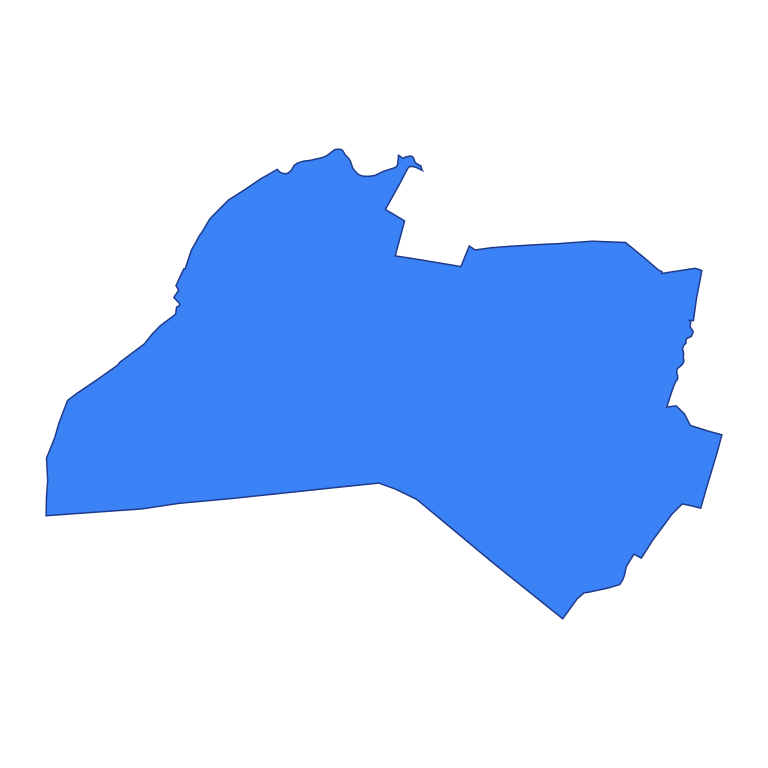 outline of Seleus, Arad, Romania
{"feature_id": "2599482B93238774632667", "entity_name": "Seleus", "entity_type": "district", "adm_level": 2, "iso_a3": "ROU", "parent_name": "Romania", "parent_adm1": "Arad", "projection": "mercator", "projection_center": [21.739, 46.383], "detail": "fine", "context": "isolated", "style": "filled", "palette": "blue", "viewbox_px": 768, "rotation_deg": 0, "n_neighbors": 0, "source": "geoboundaries", "source_scale": "gbopen_adm2", "svg_char_len": 2713}
<svg xmlns="http://www.w3.org/2000/svg" viewBox="0 0 768 768"><path d="M700.7,508.2L706.5,488.0L717.0,452.9L719.5,443.8L721.9,434.8L716.7,433.4L707.2,430.8L690.3,425.4L684.5,414.0L679.9,409.5L676.2,405.9L666.8,407.0L672.2,390.2L674.1,385.3L675.4,382.1L676.3,380.8L677.4,379.6L677.7,378.0L677.7,376.9L677.6,375.6L677.1,374.2L676.8,372.7L676.8,370.9L677.1,369.4L677.8,368.3L681.9,365.0L683.7,362.2L683.9,360.9L683.2,356.8L683.6,354.8L683.6,353.2L683.4,352.1L683.0,350.2L682.5,349.2L682.7,347.7L684.3,344.6L685.8,343.5L686.1,342.4L685.9,340.0L687.4,337.9L689.3,337.5L691.5,336.2L692.5,333.9L693.1,331.5L689.9,326.4L690.8,322.4L689.2,320.3L693.4,320.7L696.4,298.9L699.6,282.5L701.8,270.6L699.7,269.7L695.4,268.4L691.8,268.8L662.0,273.4L661.9,271.6L659.8,270.8L657.7,269.4L644.7,258.2L631.3,247.2L628.4,244.9L625.6,242.5L592.4,241.2L576.7,242.3L557.8,243.7L539.6,244.5L511.3,246.2L491.4,247.7L476.9,249.7L475.0,249.9L469.3,246.0L460.9,266.6L409.3,258.0L395.2,255.9L404.6,220.9L386.1,209.9L385.4,209.4L399.2,184.7L407.9,168.1L409.1,166.9L411.4,166.4L413.4,166.7L416.3,167.5L420.2,169.4L422.3,170.4L421.6,169.2L421.3,167.5L420.9,166.0L418.5,164.6L415.8,163.1L414.8,161.6L413.6,158.2L412.8,157.0L411.1,156.1L409.6,156.1L408.2,156.4L406.9,156.8L405.4,156.9L403.7,158.3L402.5,158.0L398.5,155.3L398.2,159.0L397.9,162.1L397.5,164.7L396.6,166.5L394.2,167.9L386.8,170.2L383.6,171.3L378.5,173.7L375.0,175.4L370.2,176.2L366.3,176.3L362.8,176.1L360.9,175.5L358.3,174.4L354.8,170.9L352.8,168.2L350.3,160.9L348.6,158.3L346.1,155.8L345.3,154.9L344.6,153.9L343.0,150.9L341.5,149.6L339.7,149.3L337.4,149.2L334.7,149.6L331.8,151.8L327.6,155.1L324.7,156.7L322.2,157.6L310.0,160.4L303.8,161.1L299.2,162.5L296.8,163.4L293.9,165.7L292.5,168.5L291.0,170.5L288.7,172.7L286.3,173.8L282.5,173.3L279.6,172.0L277.3,169.3L273.6,171.5L260.4,179.0L242.0,191.5L228.7,199.8L220.2,208.3L209.9,218.8L201.5,232.9L199.9,234.8L191.2,250.6L185.3,268.5L183.7,269.0L176.0,285.6L178.7,290.3L174.5,296.4L173.9,297.6L179.7,303.7L179.5,305.8L176.6,307.0L175.6,314.2L160.2,325.8L152.5,333.7L146.9,340.6L144.6,343.7L135.0,350.9L120.0,362.1L117.7,365.1L97.7,379.3L77.4,393.0L67.6,400.4L58.7,423.7L54.9,437.3L46.5,458.2L47.7,480.7L46.7,493.8L46.5,496.2L46.1,515.7L93.9,512.3L141.8,508.9L179.3,503.3L206.0,500.9L232.8,498.4L320.8,489.1L339.8,487.1L366.0,484.4L378.8,483.1L395.0,488.9L416.9,499.5L482.0,553.7L493.9,563.6L528.3,591.2L562.7,618.8L577.2,598.8L584.1,592.8L585.0,592.7L587.3,592.5L608.8,587.9L619.7,584.5L622.6,580.1L624.4,575.4L626.3,566.6L634.0,554.1L634.3,554.4L641.3,558.1L642.1,557.0L652.6,540.4L665.2,523.4L667.7,519.9L669.4,517.6L672.6,513.4L678.4,507.7L682.4,503.9L692.7,506.1L700.7,508.2Z" fill="#3b82f6" stroke="#1e3a8a" stroke-width="1.5"/></svg>